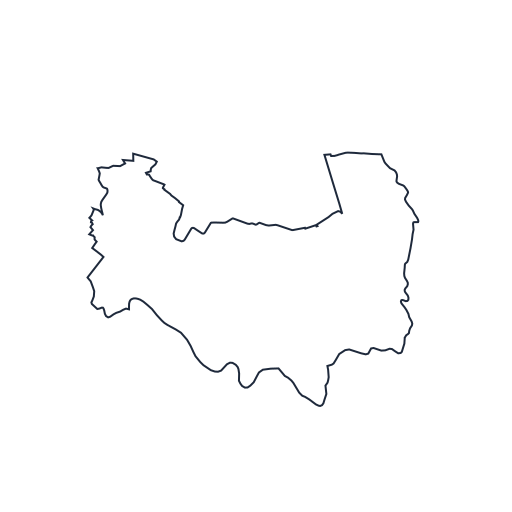 Go Vap, Hồ Chí Minh city, Vietnam, rotated 146°
{"feature_id": "81297802B93588362587103", "entity_name": "Go Vap", "entity_type": "district", "adm_level": 2, "iso_a3": "VNM", "parent_name": "Vietnam", "parent_adm1": "Hồ Chí Minh city", "projection": "equal_earth", "projection_center": [106.669, 10.835], "detail": "fine", "context": "isolated", "style": "outline", "palette": "slate", "viewbox_px": 512, "rotation_deg": 146, "n_neighbors": 0, "source": "geoboundaries", "source_scale": "gbopen_adm2", "svg_char_len": 4966}
<svg xmlns="http://www.w3.org/2000/svg" viewBox="0 0 512 512"><g transform="rotate(146 256 256)"><path d="M391.1,282.8L389.7,284.9L387.9,287.4L386.5,288.7L385.2,289.5L383.9,289.8L382.7,289.7L381.0,289.2L379.2,287.9L377.7,286.3L376.4,284.5L374.9,281.2L373.9,277.8L373.3,275.7L371.9,270.2L371.3,262.5L370.2,255.3L369.4,251.8L367.9,248.2L363.6,240.0L361.1,234.3L360.0,225.1L360.5,217.9L361.6,211.4L362.2,206.7L361.5,199.2L360.9,196.2L360.6,194.8L357.3,186.6L354.7,183.2L352.2,181.3L349.0,180.5L340.6,182.5L337.2,182.1L335.2,180.5L333.6,177.1L333.3,174.1L333.8,172.0L335.7,168.0L339.9,162.1L340.3,159.0L340.2,156.0L338.8,153.1L336.5,151.7L333.2,151.7L328.5,152.6L322.2,156.0L318.7,157.8L313.9,157.9L306.7,154.3L300.2,150.2L299.4,142.8L299.2,140.5L297.5,137.2L296.3,133.0L296.0,129.9L296.6,118.6L295.8,114.3L294.1,111.8L292.1,107.4L289.3,99.4L287.8,96.9L286.7,95.8L284.7,95.4L282.5,96.2L279.7,98.5L274.8,102.3L273.8,104.2L270.9,109.7L267.5,111.0L265.6,112.7L263.5,114.9L259.8,121.4L258.3,124.9L253.9,123.5L253.7,123.5L251.8,123.5L248.2,125.1L241.8,128.2L234.7,128.1L231.0,126.4L223.2,116.5L220.0,113.1L217.5,112.3L212.3,115.0L210.0,114.0L205.0,107.5L201.6,105.5L197.1,104.4L195.3,102.8L194.0,99.3L192.5,95.8L190.3,94.7L188.7,95.0L182.0,100.4L178.5,104.9L178.5,105.0L177.3,105.6L175.7,106.3L173.7,106.3L172.3,106.6L170.8,108.3L168.7,109.9L165.6,111.2L164.3,112.5L163.6,114.6L163.2,119.6L162.0,122.8L161.5,127.3L161.5,130.4L161.9,135.4L161.4,137.1L160.4,138.0L159.5,137.9L158.6,137.0L157.1,134.8L155.6,134.1L154.2,134.5L153.0,136.0L152.4,137.8L152.3,139.0L152.5,141.5L152.5,143.2L151.8,144.7L150.4,145.6L147.5,146.4L146.3,147.4L146.0,147.6L145.1,149.0L144.8,151.0L144.7,154.6L144.2,156.5L142.9,158.8L139.3,163.1L137.5,165.5L136.6,166.2L133.9,166.5L131.8,167.9L123.6,176.0L117.5,182.4L113.9,186.6L110.7,189.7L107.8,194.9L106.8,195.8L106.0,195.7L104.0,194.3L102.7,193.5L102.1,193.9L101.6,194.8L101.4,195.5L101.1,197.5L101.1,202.4L100.5,206.1L100.5,207.7L101.2,212.4L101.3,217.1L100.9,219.5L99.9,220.7L96.9,222.1L94.5,223.5L94.1,224.3L94.0,224.9L93.9,226.6L94.0,229.5L94.1,231.0L94.6,232.3L96.1,234.4L97.2,236.0L97.9,237.8L97.9,239.1L97.4,239.9L94.5,243.1L93.6,244.8L93.1,247.0L93.2,248.3L93.3,249.5L94.0,250.7L95.8,253.9L96.5,257.9L96.9,260.4L96.9,262.3L95.2,270.2L96.8,271.3L102.1,275.2L102.3,275.3L109.3,280.9L111.4,282.2L116.8,286.5L122.1,290.4L124.1,291.5L130.8,293.8L132.1,294.1L135.0,295.1L137.8,296.9L137.4,298.6L142.7,301.6L151.3,273.7L157.6,253.0L160.9,242.8L161.3,245.5L162.8,247.3L169.0,248.2L174.1,247.7L188.1,248.0L188.3,246.4L189.3,246.7L189.1,248.1L193.1,249.2L199.8,251.1L199.6,252.0L210.8,256.8L211.7,257.4L220.9,269.4L222.2,270.8L228.4,274.1L230.4,276.0L234.5,281.6L235.3,281.8L236.7,281.8L237.8,281.8L238.7,282.1L239.0,282.4L239.4,283.1L240.3,284.4L241.0,285.2L241.9,285.7L243.6,286.3L245.0,287.6L252.7,298.2L254.1,300.1L254.8,300.3L260.7,300.5L262.9,300.9L264.7,302.0L271.0,306.5L274.1,308.5L274.9,308.7L275.6,308.4L285.3,304.0L286.4,303.8L287.3,304.1L288.1,304.9L290.4,310.4L291.7,313.7L292.5,314.6L293.4,315.0L294.3,314.9L306.0,309.4L307.6,309.1L309.4,309.7L312.8,314.6L313.0,317.9L311.7,320.7L309.3,322.9L306.2,325.6L304.1,327.6L302.5,328.3L300.6,328.9L299.4,329.2L297.6,330.7L297.3,330.5L295.3,332.0L290.9,336.4L288.0,338.8L289.7,343.8L289.3,344.3L290.8,349.4L292.3,353.4L292.5,355.5L294.9,362.1L294.6,362.4L295.3,364.3L295.0,364.7L292.0,366.3L292.4,367.1L293.9,369.2L297.6,374.5L298.9,376.3L299.2,377.4L299.3,378.8L299.3,381.5L299.2,383.2L300.2,384.2L300.9,384.6L300.7,386.5L296.0,385.1L294.8,386.6L293.7,387.5L291.7,387.8L288.2,388.2L285.5,389.7L286.8,393.3L288.6,395.4L300.6,409.5L304.5,403.5L312.6,410.0L312.8,405.9L315.2,406.2L318.4,406.5L323.9,410.6L325.4,410.9L328.9,411.4L329.6,411.9L330.7,412.7L333.7,415.2L334.5,415.9L337.9,417.1L338.2,417.3L338.7,414.2L339.3,411.9L340.5,410.6L343.9,407.2L344.1,405.9L344.2,403.6L344.4,401.0L344.4,399.2L344.0,398.1L343.2,397.0L342.0,395.4L341.9,394.9L342.3,393.6L343.2,392.3L343.9,391.6L345.8,390.7L349.5,389.3L351.9,388.4L354.0,387.4L355.4,386.1L356.2,385.1L357.5,382.4L358.5,379.9L359.4,377.3L360.2,375.4L360.0,376.3L360.0,378.9L360.2,379.7L361.0,382.1L361.7,383.1L363.3,384.9L364.4,386.5L364.4,385.5L364.5,385.2L364.8,384.9L368.7,382.3L369.6,381.7L370.8,381.3L372.8,380.8L372.0,377.2L372.6,377.3L373.0,377.2L373.4,376.9L373.9,376.3L373.6,376.1L373.5,375.7L373.4,375.2L373.6,373.7L374.4,373.6L375.7,373.2L377.1,372.5L376.7,368.6L382.1,367.2L380.9,365.4L380.3,364.6L379.6,364.1L379.7,363.8L379.7,363.6L379.3,362.2L379.3,361.7L379.8,361.1L380.5,360.1L380.5,359.3L380.1,357.0L383.1,355.9L387.3,354.2L387.0,353.3L386.0,350.4L383.8,343.8L383.0,340.5L407.7,332.4L407.7,332.1L407.2,327.4L408.7,321.2L409.8,317.3L413.1,313.1L416.8,310.5L418.4,309.6L418.9,308.0L417.2,300.8L415.3,300.0L412.6,299.4L411.8,298.7L411.8,297.6L412.3,295.7L413.6,292.6L413.9,290.0L412.9,287.8L410.8,287.2L406.7,287.3L403.6,287.0L399.7,285.9L396.2,285.7L393.2,285.1L391.1,282.8Z" fill="none" stroke="#1e293b" stroke-width="2"/></g></svg>